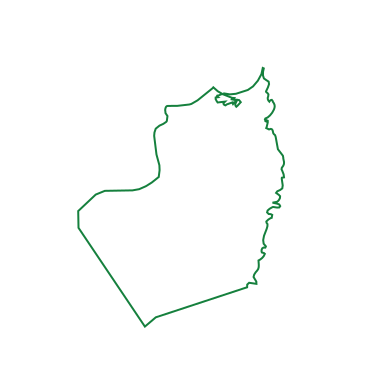 an SVG outline of Al Buhayrah, rotated 24°
{"feature_id": "EGY-1541", "entity_name": "Al Buhayrah", "entity_type": "Governorate", "adm_level": 1, "iso_a3": "EGY", "parent_name": "Egypt", "parent_adm1": "", "projection": "orthographic", "projection_center": [30.434, 30.698], "detail": "fine", "context": "isolated", "style": "outline", "palette": "green", "viewbox_px": 384, "rotation_deg": 24, "n_neighbors": 0, "source": "natural_earth", "source_scale": "10m", "svg_char_len": 2720}
<svg xmlns="http://www.w3.org/2000/svg" viewBox="0 0 384 384"><g transform="rotate(24 192 192)"><path d="M168.9,87.7L174.6,89.5L180.2,90.1L178.9,90.9L177.2,92.9L175.9,93.6L175.8,94.5L176.1,94.8L176.5,94.8L177.1,94.9L175.2,96.1L175.8,97.5L177.4,98.8L179.0,99.8L185.4,96.0L184.6,98.1L185.4,99.1L186.7,99.3L187.4,99.2L188.0,98.0L192.6,93.6L193.1,94.5L193.7,95.0L194.0,93.9L194.4,93.3L194.6,92.6L194.8,91.2L195.8,91.2L195.7,93.1L196.0,94.6L196.7,95.5L197.8,96.1L198.4,94.9L200.0,90.1L197.7,88.9L195.5,89.4L193.3,90.6L190.6,91.2L190.6,90.1L191.0,90.0L192.1,90.2L192.6,90.1L192.6,88.9L190.2,89.7L181.2,90.1L181.2,88.9L186.9,87.4L192.2,84.4L201.5,76.1L204.8,70.7L206.9,63.5L207.5,56.1L206.2,49.9L207.3,49.9L208.0,53.3L209.4,56.6L211.5,59.0L214.5,59.6L217.1,60.0L218.5,62.1L218.8,65.6L218.7,70.0L219.3,70.6L220.7,70.9L222.1,71.7L222.7,73.6L222.9,75.3L223.6,76.5L224.6,77.4L225.9,78.0L226.0,77.3L226.5,76.1L227.4,75.4L228.6,76.0L229.2,76.7L230.5,77.5L231.1,78.0L232.0,78.9L232.7,80.1L233.1,81.5L233.3,83.3L233.0,86.9L232.1,90.3L230.8,93.1L229.1,95.0L229.1,96.1L229.7,96.5L229.8,96.6L229.8,96.8L230.2,97.4L231.1,97.4L231.1,96.1L232.2,96.1L232.9,97.6L233.8,102.4L233.8,103.4L236.4,103.5L236.4,103.4L237.2,103.3L237.7,102.8L238.3,102.3L239.4,102.2L240.6,102.9L242.3,105.2L243.2,105.8L244.8,106.3L246.0,107.6L253.1,118.0L260.3,121.9L261.4,123.5L261.8,124.3L263.9,127.2L264.6,129.0L264.7,130.8L264.2,133.4L264.6,134.9L265.9,136.0L268.5,138.6L270.1,141.2L268.3,142.4L268.6,143.4L272.2,149.1L273.0,152.0L271.7,154.3L269.6,156.7L269.2,158.6L272.5,159.3L274.2,160.0L274.8,161.7L274.7,163.7L274.2,165.5L273.5,166.5L269.9,169.0L274.6,168.0L276.8,167.9L278.3,169.0L278.0,170.6L276.1,171.6L272.1,172.7L271.2,173.7L269.7,175.8L268.6,178.2L268.9,180.1L271.0,180.9L273.0,180.2L274.6,180.3L275.3,183.2L274.5,183.8L272.9,186.2L271.9,188.7L272.6,189.8L274.0,190.6L274.8,192.5L275.2,195.1L275.6,202.7L276.6,207.0L278.5,210.1L281.6,211.6L281.6,213.0L279.9,213.7L279.1,214.9L279.1,216.4L279.6,217.8L280.4,218.8L281.4,218.7L282.5,218.5L283.7,218.9L283.6,221.5L282.9,223.8L281.8,225.9L280.6,227.5L282.7,231.5L283.5,233.5L283.8,235.4L283.5,237.2L282.8,239.5L282.4,242.1L282.8,244.6L287.2,247.7L288.2,249.7L281.1,251.7L280.1,254.1L281.1,256.6L209.9,321.2L203.7,334.1L102.9,270.9L95.8,255.7L105.1,233.5L111.9,226.4L137.0,214.7L142.6,210.9L147.5,205.5L151.4,199.7L155.5,191.8L153.5,185.2L151.3,180.8L144.3,172.2L134.6,156.1L133.5,152.9L133.1,148.9L135.3,144.6L138.1,141.4L140.0,138.3L140.1,137.3L138.7,132.6L135.7,130.7L134.7,128.9L134.1,128.0L134.0,127.4L133.8,126.9L133.6,125.4L133.7,124.7L133.9,124.1L134.1,123.8L134.9,123.2L143.5,119.3L153.9,113.2L155.6,111.8L159.8,106.0L168.6,88.8L168.9,87.7Z" fill="none" stroke="#15803d" stroke-width="2"/></g></svg>